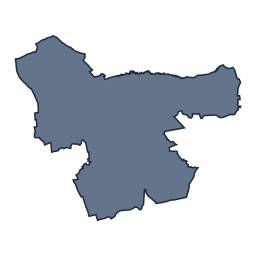 Tinca, Bihor, Romania (Equal Earth projection)
{"feature_id": "2599482B90584172362262", "entity_name": "Tinca", "entity_type": "district", "adm_level": 2, "iso_a3": "ROU", "parent_name": "Romania", "parent_adm1": "Bihor", "projection": "equal_earth", "projection_center": [21.941, 46.761], "detail": "fine", "context": "isolated", "style": "filled", "palette": "slate", "viewbox_px": 256, "rotation_deg": 0, "n_neighbors": 0, "source": "geoboundaries", "source_scale": "gbopen_adm2", "svg_char_len": 5710}
<svg xmlns="http://www.w3.org/2000/svg" viewBox="0 0 256 256"><path d="M190.5,182.3L190.4,182.0L191.3,181.0L193.6,177.2L194.9,172.3L196.2,169.9L198.0,167.9L194.6,167.2L193.3,167.9L191.3,167.0L190.5,167.1L190.2,166.7L188.2,166.8L187.7,166.1L188.2,164.6L186.9,163.9L186.0,162.3L186.9,161.4L186.6,161.0L184.4,160.3L183.8,159.4L183.1,160.7L182.4,160.6L182.3,159.9L180.4,158.2L177.9,154.6L177.4,153.4L177.1,151.4L169.5,151.0L169.4,147.4L176.5,144.6L175.3,144.0L172.9,141.4L171.1,142.0L170.4,141.9L169.7,141.4L168.4,139.6L166.9,139.5L166.7,139.3L167.1,138.3L163.7,133.3L164.3,132.9L164.6,131.8L164.9,131.8L165.0,131.4L184.4,127.8L173.9,116.5L176.0,115.7L177.2,114.9L178.4,112.0L179.4,111.3L180.9,110.7L181.7,111.0L182.1,112.8L183.4,114.2L187.1,115.0L188.6,117.3L190.3,118.0L191.3,117.9L191.7,117.6L192.6,115.9L192.4,114.0L193.1,113.9L199.2,114.1L201.0,118.4L202.6,117.9L203.5,115.9L205.0,115.5L208.7,115.4L209.5,115.1L210.4,115.4L214.9,114.9L217.2,115.7L219.0,117.2L220.9,117.7L223.2,117.3L230.6,114.4L232.6,114.8L233.0,114.3L234.5,114.5L235.0,114.3L235.4,112.4L236.3,111.9L236.5,111.3L237.3,110.3L238.2,110.0L237.7,108.1L238.7,107.9L238.7,107.5L239.7,107.0L240.4,107.3L240.6,106.7L240.6,106.2L239.5,106.4L237.3,104.9L237.8,104.1L238.1,102.9L237.7,99.8L240.1,99.5L239.5,95.7L237.5,95.9L238.1,88.1L240.5,82.3L239.0,78.9L237.9,79.2L237.1,78.2L234.8,70.3L233.6,68.4L232.5,67.4L230.8,68.3L228.5,68.5L225.6,67.4L223.7,66.0L223.6,65.1L223.0,65.0L220.5,65.8L219.1,66.7L218.8,67.3L218.4,67.5L218.4,68.1L217.9,68.0L217.3,68.4L217.9,68.6L217.4,69.2L217.8,69.4L217.7,69.9L217.1,69.9L217.3,70.2L216.9,70.6L216.5,70.1L216.1,70.2L216.2,70.4L216.0,70.7L215.5,70.7L215.2,71.9L214.9,71.7L213.9,71.8L212.7,72.4L211.7,72.4L209.4,73.8L208.3,74.1L203.6,74.9L199.9,75.2L198.8,75.0L196.9,75.8L196.4,76.4L195.4,76.8L194.9,77.3L194.1,77.2L193.0,77.7L191.6,77.4L188.7,77.4L188.3,77.0L186.5,77.2L186.4,76.9L185.3,77.4L185.0,77.8L184.0,77.8L183.6,78.2L182.5,78.2L182.4,77.9L181.5,78.0L181.4,78.2L180.8,77.6L180.5,77.8L179.9,77.3L179.5,77.4L179.5,77.0L178.6,77.1L178.1,76.7L177.7,76.8L177.6,76.0L177.2,75.9L177.1,76.3L176.5,76.2L176.1,76.6L175.7,76.1L175.4,76.2L175.2,75.5L174.5,75.9L173.9,75.4L173.0,75.8L172.4,75.4L172.4,74.9L171.0,75.1L169.8,74.7L169.5,74.4L169.0,74.5L168.2,74.0L167.2,74.0L165.8,74.4L164.2,73.9L164.2,73.4L163.9,73.5L163.8,73.3L163.4,73.8L162.7,73.8L162.4,74.1L161.4,73.9L161.2,73.7L160.9,73.7L160.7,74.1L160.0,73.3L159.0,73.1L159.0,73.4L158.5,73.0L158.2,73.5L157.9,73.2L157.6,73.4L156.8,73.1L156.7,73.4L156.4,73.3L156.0,73.6L155.7,73.3L155.1,73.8L155.2,74.0L154.7,74.3L153.7,74.2L152.5,73.7L152.4,73.9L151.7,74.0L151.9,73.7L151.0,73.7L150.8,73.2L150.3,73.3L150.4,73.0L149.8,73.0L149.7,72.1L149.2,72.2L149.2,71.8L148.7,71.6L148.5,70.9L148.1,70.9L148.2,70.6L147.6,71.5L147.3,71.1L146.7,71.3L146.9,71.5L145.9,71.6L145.8,72.1L144.3,72.3L143.3,73.1L143.4,73.4L141.5,72.9L141.1,73.6L140.8,73.3L140.9,72.9L140.4,73.2L140.0,73.0L139.6,73.3L139.8,73.6L139.7,73.8L139.2,73.7L139.1,74.1L138.2,73.4L136.9,73.5L136.7,73.3L136.9,72.9L136.5,73.1L136.1,72.9L136.4,73.2L136.1,73.3L136.2,73.7L135.3,73.8L134.9,73.1L135.1,72.8L134.6,72.9L134.8,72.6L134.5,72.6L134.4,72.3L134.6,72.2L134.3,72.0L134.2,72.5L133.3,72.4L133.3,72.0L133.0,72.4L132.5,72.2L132.5,71.4L131.9,71.4L131.9,71.1L130.1,71.3L130.2,72.0L129.9,72.3L130.5,72.5L130.2,72.8L130.7,73.4L129.9,73.8L128.6,73.7L128.5,74.2L128.2,74.2L127.1,73.7L126.8,73.1L126.1,73.5L125.9,72.8L125.7,74.0L124.4,74.6L123.2,74.4L122.8,74.5L122.9,74.9L122.3,74.8L122.3,75.2L121.3,75.3L121.0,74.7L120.8,75.1L120.2,75.1L119.6,76.0L119.3,75.7L118.6,76.2L118.0,75.5L108.5,78.1L105.3,79.5L104.6,78.9L104.6,78.2L104.0,76.7L105.2,76.2L104.4,74.9L103.3,74.9L102.9,73.9L100.8,74.1L100.3,75.2L98.9,76.3L97.7,76.2L96.9,76.7L96.1,76.5L94.5,77.1L88.9,71.2L89.9,71.7L90.7,71.5L92.5,69.8L91.6,69.4L87.8,65.0L83.1,60.3L85.0,57.6L84.8,56.5L85.0,54.0L80.9,53.2L75.0,51.0L70.7,47.5L66.7,45.8L64.8,44.2L61.7,42.2L56.2,37.0L54.5,36.6L53.0,35.7L51.2,36.8L47.1,37.9L44.3,39.6L42.5,39.9L37.3,43.4L35.8,43.9L37.5,47.0L35.8,52.1L34.6,51.8L33.1,52.1L31.3,53.0L27.2,54.2L24.5,55.9L21.1,57.4L20.2,58.2L15.4,59.0L15.9,62.0L16.6,70.3L17.8,73.7L19.5,77.5L23.8,82.2L27.2,85.3L28.9,87.5L31.3,88.9L34.3,94.9L37.8,103.0L38.3,107.3L38.2,112.7L34.9,113.0L34.8,113.8L35.2,119.8L36.3,119.7L36.9,126.2L36.4,126.7L34.3,127.1L35.4,131.9L34.6,133.1L34.4,136.6L34.7,137.2L35.8,137.8L39.5,137.6L39.9,138.9L43.5,141.8L44.5,143.4L44.6,144.9L50.8,142.5L51.7,152.1L58.3,150.6L58.6,149.5L61.6,147.8L62.3,147.9L63.8,148.7L65.7,147.7L66.9,147.5L70.0,148.4L70.8,148.2L70.9,145.7L71.7,144.3L72.6,143.8L75.4,144.1L77.9,144.1L79.2,145.1L80.1,145.0L81.6,142.6L81.6,141.0L82.3,140.2L83.3,140.1L83.8,140.3L84.8,142.1L85.6,142.4L87.6,152.0L88.7,151.9L89.2,158.7L88.3,158.6L87.8,159.0L88.2,160.2L88.1,161.4L88.8,161.7L90.5,161.4L91.0,161.6L91.0,161.9L89.2,163.6L89.2,164.8L88.8,165.1L88.0,165.1L86.6,164.4L86.1,163.3L83.8,164.3L83.6,165.9L82.0,166.5L82.0,166.9L83.2,168.1L83.2,168.6L80.3,169.4L79.7,171.2L78.0,173.9L78.0,174.3L76.0,175.0L76.1,175.6L77.1,176.5L77.9,179.4L73.2,179.9L73.7,181.9L75.2,183.7L76.7,187.3L77.3,189.6L79.4,193.8L81.3,196.9L82.7,196.6L86.0,207.0L88.0,211.9L89.1,216.3L95.9,214.7L97.6,220.3L100.0,219.4L104.7,218.4L107.6,217.0L108.6,217.0L110.4,217.5L111.1,218.8L114.7,216.5L116.1,213.6L119.6,210.9L123.0,210.4L129.5,209.9L132.9,208.6L134.7,206.8L135.6,207.2L137.4,207.4L139.4,209.5L140.3,209.8L141.6,209.0L142.0,206.7L143.5,204.4L144.4,190.1L145.2,189.3L145.8,189.9L145.5,191.3L146.5,193.5L147.3,194.4L147.9,195.6L149.2,197.1L150.1,197.4L155.0,201.8L155.9,201.9L156.0,203.4L160.2,202.9L166.5,201.6L170.3,200.2L174.8,199.8L186.4,197.3L188.6,189.8L189.2,186.4L188.9,185.0L190.5,182.3Z" fill="#64748b" stroke="#1e293b" stroke-width="1.5"/></svg>